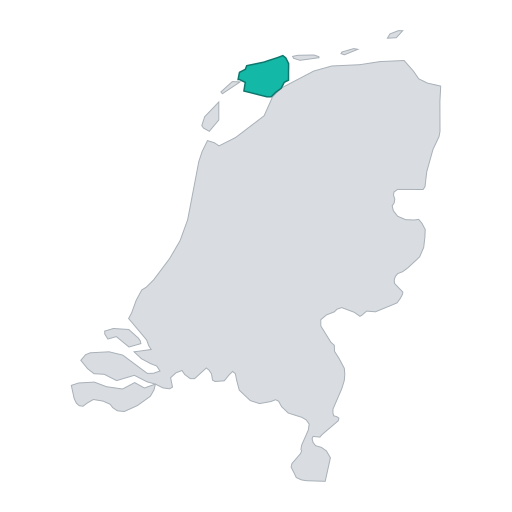 Terschelling, Netherlands (highlighted)
{"feature_id": "6326949B18188251014258", "entity_name": "Terschelling", "entity_type": "district", "adm_level": 2, "iso_a3": "NLD", "parent_name": "Netherlands", "parent_adm1": "", "projection": "mercator", "projection_center": [5.382, 53.344], "detail": "fine", "context": "in_parent", "style": "filled", "palette": "teal", "viewbox_px": 512, "rotation_deg": 0, "n_neighbors": 0, "source": "geoboundaries", "source_scale": "gbopen_adm2", "svg_char_len": 3481}
<svg xmlns="http://www.w3.org/2000/svg" viewBox="0 0 512 512"><path d="M325.2,481.3L315.4,481.0L306.3,480.7L301.5,479.9L296.3,477.6L294.0,472.8L291.1,467.1L291.9,463.6L300.5,453.6L301.7,450.9L300.9,449.4L301.7,445.0L308.3,430.1L309.2,424.1L306.2,419.9L302.0,417.4L288.2,413.0L281.6,406.7L278.6,401.2L275.5,399.7L271.0,401.5L259.6,403.6L250.3,400.6L239.3,390.2L236.8,380.9L235.4,373.8L232.7,371.4L229.0,375.0L224.3,380.8L215.1,381.5L212.5,380.1L212.0,376.9L211.5,373.9L209.0,370.1L206.3,368.0L194.6,378.6L190.2,378.6L184.7,374.5L182.0,370.5L176.0,372.8L170.6,377.7L172.5,387.1L169.6,388.8L162.9,387.9L155.4,384.1L147.0,381.8L134.3,375.3L116.6,380.6L104.3,374.3L94.0,373.7L87.6,368.7L80.8,360.3L85.6,354.7L90.3,352.8L109.1,351.8L122.7,355.1L147.3,373.4L153.4,373.3L160.0,371.0L156.7,366.0L150.5,363.6L141.4,358.7L134.1,351.8L151.2,349.5L148.9,346.0L146.6,339.9L128.6,318.5L131.7,312.7L136.2,300.3L141.8,289.9L146.3,287.2L153.7,279.8L169.8,258.3L180.1,240.6L187.7,219.6L198.8,161.6L202.1,151.6L207.5,140.6L214.3,142.7L219.0,145.9L235.6,137.5L264.1,115.8L272.5,97.0L280.8,88.3L313.6,71.1L331.7,66.0L359.7,64.7L379.9,61.6L404.1,60.5L413.4,71.1L418.7,78.8L427.4,83.1L440.7,86.1L439.9,101.3L440.0,131.3L439.0,136.7L433.0,149.3L426.7,171.9L425.0,186.7L423.1,189.5L397.6,189.4L394.0,192.0L393.5,195.2L394.8,199.0L394.2,202.8L392.2,205.8L393.3,210.7L397.7,216.3L405.7,219.7L414.3,220.0L418.7,219.4L422.0,223.4L425.2,229.5L424.9,237.1L423.7,247.4L419.6,256.9L407.9,267.8L402.6,271.7L397.7,273.6L395.3,276.5L394.2,280.1L394.5,283.4L402.8,292.1L402.6,294.1L400.2,298.6L397.0,302.9L375.5,311.8L366.6,311.1L361.5,315.5L359.9,316.3L354.3,312.3L341.7,307.6L337.0,309.2L334.4,311.8L326.5,314.9L320.8,319.7L320.8,326.0L330.8,342.1L334.3,345.3L334.5,351.3L339.3,358.9L344.3,368.3L344.8,374.3L344.3,380.4L341.7,388.9L333.0,409.0L332.9,412.9L333.7,415.8L336.6,416.6L338.9,418.1L338.2,420.8L322.0,434.6L319.9,437.1L313.1,436.4L312.1,438.7L313.0,442.4L315.6,445.7L321.4,447.4L326.4,450.9L330.4,457.8L325.2,481.3ZM155.4,384.1L154.0,389.9L150.3,396.3L137.5,405.5L124.3,411.5L117.4,410.8L112.7,407.6L110.2,404.3L103.1,401.1L93.4,399.5L87.3,403.0L83.0,406.2L79.2,405.7L76.3,403.0L74.2,398.7L71.3,385.4L78.5,383.0L94.3,382.1L106.5,386.7L122.5,389.0L134.7,382.6L144.4,388.0L155.4,384.1ZM128.8,329.5L138.2,338.0L140.2,340.7L140.9,343.6L129.0,347.0L116.3,336.6L107.9,339.0L104.8,334.1L104.7,331.1L113.4,328.5L128.8,329.5ZM218.8,120.0L209.3,131.3L203.5,128.1L201.8,125.5L204.7,116.7L218.8,102.0L218.8,120.0ZM261.0,69.4L252.1,70.7L248.0,68.5L269.6,62.1L283.2,60.1L285.7,61.0L261.0,69.4ZM319.0,57.7L300.0,60.3L293.6,58.3L292.6,56.4L297.7,55.3L313.9,55.0L318.9,56.7L319.0,57.7ZM240.1,81.9L222.4,93.7L220.9,91.9L232.3,81.6L240.1,81.9ZM396.3,37.7L387.4,38.2L390.0,33.9L398.2,30.7L402.7,30.7L396.3,37.7ZM357.8,49.3L344.3,54.8L341.0,53.6L341.9,52.0L353.7,48.6L357.8,49.3Z" fill="#d9dde1" stroke="#a8b0b8" stroke-width="1"/><path d="M282.8,55.6L279.2,57.0L277.0,57.8L272.7,59.2L268.3,60.6L264.0,62.1L262.6,62.4L261.1,62.7L253.9,64.2L246.7,65.7L245.3,69.4L244.0,70.0L239.5,72.3L238.7,76.2L238.1,79.5L239.5,79.5L241.7,80.6L242.5,81.0L245.3,82.4L244.8,85.3L244.4,87.9L243.9,91.0L247.5,91.9L251.1,92.8L255.4,93.9L259.7,95.0L263.3,95.9L266.9,96.8L271.2,96.8L273.4,94.6L275.5,92.5L278.4,90.3L279.3,89.7L281.3,88.1L282.7,85.2L282.8,85.2L284.2,82.4L285.6,81.6L287.1,80.9L288.5,80.2L288.5,76.1L288.5,71.9L288.6,67.7L288.6,63.6L287.7,61.8L287.6,61.5L285.7,57.8L282.8,55.6Z" fill="#14b8a6" stroke="#0f766e" stroke-width="1.5"/></svg>